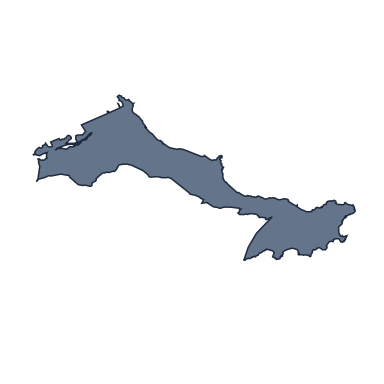 East Mahe, Anse Royale, Seychelles, rotated 297°
{"feature_id": "34574756B49819614716360", "entity_name": "East Mahe", "entity_type": "district", "adm_level": 2, "iso_a3": "SYC", "parent_name": "Seychelles", "parent_adm1": "Anse Royale", "projection": "natural_earth1", "projection_center": [55.513, -4.728], "detail": "fine", "context": "isolated", "style": "filled", "palette": "slate", "viewbox_px": 384, "rotation_deg": 297, "n_neighbors": 0, "source": "geoboundaries", "source_scale": "gbopen_adm2", "svg_char_len": 6015}
<svg xmlns="http://www.w3.org/2000/svg" viewBox="0 0 384 384"><g transform="rotate(297 192 192)"><path d="M153.1,34.2L154.5,34.9L154.3,36.6L155.3,39.9L158.5,42.0L161.5,45.0L159.7,44.9L158.7,46.0L157.3,46.2L156.3,47.5L155.4,46.6L153.7,45.9L152.6,45.0L152.7,44.3L152.0,43.6L151.8,42.5L152.2,40.9L151.4,39.8L150.2,41.3L148.7,41.8L145.8,44.7L134.1,48.7L130.5,48.7L133.7,49.4L137.8,54.0L141.1,56.7L141.9,57.7L142.1,59.0L142.9,60.0L148.3,66.9L150.9,75.0L149.7,76.3L146.9,87.3L148.3,92.0L149.6,93.5L150.9,99.1L152.7,99.9L153.9,99.1L155.1,99.1L157.8,101.0L159.0,101.3L160.0,100.6L161.4,100.9L168.4,103.7L169.5,105.8L171.1,107.2L171.6,109.1L174.8,112.4L175.0,113.5L176.9,114.3L182.9,114.6L185.7,118.3L187.6,122.1L187.7,123.6L188.4,125.0L188.8,138.5L187.5,144.4L186.1,147.0L186.5,148.5L190.1,154.4L190.9,158.1L192.8,162.2L194.2,164.0L194.6,167.2L190.1,189.2L189.2,191.3L190.5,196.2L190.9,200.2L190.3,203.0L190.5,205.8L186.4,205.8L189.3,209.9L188.5,217.8L189.7,221.4L190.2,224.5L193.1,227.4L195.8,232.8L199.1,241.8L198.5,242.1L199.0,243.4L197.2,242.7L195.2,243.1L194.2,242.4L193.5,244.4L195.3,248.3L197.2,250.5L197.2,251.8L198.5,252.8L200.0,255.3L200.4,257.2L201.0,258.0L201.3,260.5L200.6,261.7L200.9,262.2L199.7,263.5L200.5,264.3L202.5,269.3L201.1,269.8L201.0,270.4L201.7,271.5L206.4,274.8L184.7,268.2L168.4,267.2L155.0,269.1L155.1,270.1L157.5,271.1L159.3,274.1L160.1,274.4L161.2,275.5L161.6,275.3L162.6,276.8L163.2,276.9L163.1,278.1L164.5,278.3L165.7,279.6L167.5,279.6L170.0,281.6L171.9,282.4L173.0,283.7L173.6,283.5L174.5,284.6L175.0,284.5L176.2,290.7L175.3,292.7L170.8,293.3L171.0,296.1L170.6,296.2L170.3,298.0L170.9,298.1L171.3,299.3L172.6,300.6L173.3,300.3L174.4,300.7L174.6,300.2L175.3,300.8L175.8,300.4L176.0,301.7L177.0,301.2L178.5,301.3L179.4,300.1L181.6,301.1L184.7,303.7L187.2,306.6L187.9,308.3L188.4,312.2L186.9,314.2L186.4,314.1L186.0,315.2L184.8,314.7L184.4,315.3L186.0,318.4L186.4,320.3L187.1,320.8L187.8,322.5L188.4,324.4L188.4,325.2L188.0,325.6L188.1,326.7L189.0,327.0L190.6,326.2L191.8,326.7L193.3,326.5L193.6,326.1L195.7,326.3L196.2,328.0L198.2,329.0L198.5,328.8L200.3,330.9L199.8,334.6L201.2,337.2L203.1,337.6L204.5,337.2L204.9,336.2L207.1,336.3L210.0,336.9L211.7,339.0L211.8,340.2L213.4,340.1L213.6,339.6L214.5,340.1L215.7,341.5L216.9,343.8L216.8,344.6L215.0,347.3L215.6,348.7L216.5,349.7L217.7,350.2L218.2,350.1L218.1,349.6L219.5,350.3L219.9,349.6L221.4,350.1L222.0,349.6L222.4,349.8L222.3,349.3L223.1,349.5L221.0,347.5L220.8,347.1L221.4,345.8L220.3,345.4L220.2,344.7L221.6,342.2L222.8,341.1L227.4,338.5L231.5,340.1L233.4,339.8L233.4,339.1L234.0,338.7L235.4,339.4L237.1,339.1L237.8,340.0L238.5,339.7L238.7,340.0L239.1,339.5L239.8,340.8L240.6,339.8L241.3,341.1L243.8,342.7L243.8,343.2L244.5,343.4L246.1,345.2L248.9,346.1L249.6,345.6L249.5,346.0L250.8,344.5L250.6,344.2L251.3,344.2L252.4,343.2L252.3,342.3L253.5,341.8L253.3,340.8L252.7,340.5L251.6,336.2L252.2,333.3L251.6,333.0L250.4,333.2L249.5,332.7L248.5,331.0L248.2,329.5L247.1,328.1L247.2,324.9L248.2,325.1L249.1,324.2L249.2,322.4L247.8,321.6L247.4,319.9L246.5,319.6L246.3,318.3L244.8,316.8L243.0,316.7L242.2,317.2L240.4,315.2L238.2,314.9L237.8,314.1L237.2,314.7L236.6,313.7L235.7,313.4L235.4,311.0L234.6,310.8L234.5,309.7L231.7,309.2L231.2,308.4L231.2,307.7L230.4,307.2L228.9,307.6L226.5,303.2L226.0,297.2L226.4,293.3L226.9,291.6L227.5,292.0L228.1,291.7L226.8,290.7L227.3,282.5L227.5,282.0L227.8,282.2L228.5,281.7L228.9,280.4L227.6,276.6L226.6,276.0L224.6,273.1L224.0,269.6L224.4,269.2L223.7,267.0L222.3,265.0L222.2,263.9L219.4,261.3L218.8,259.9L218.9,256.7L218.4,253.5L218.7,253.2L217.8,252.1L216.1,251.5L216.0,249.6L214.9,247.7L215.2,246.8L214.3,244.5L214.3,243.4L213.6,243.5L212.5,241.2L212.1,239.4L212.7,233.5L211.9,232.6L215.1,220.7L216.2,218.3L215.8,218.1L216.3,216.4L217.5,214.5L219.4,212.6L222.4,211.2L222.7,210.4L224.6,208.6L225.1,208.9L225.5,208.4L225.9,208.9L226.1,208.5L227.1,208.2L227.7,209.0L228.4,208.9L228.4,207.9L229.3,206.0L230.1,206.0L229.9,205.7L230.2,205.2L231.4,204.5L232.0,203.4L233.1,203.7L233.7,201.9L234.5,202.1L235.2,201.7L236.1,203.0L236.5,202.4L236.9,202.8L237.6,202.5L237.8,201.9L237.0,201.5L237.1,200.6L236.1,199.8L235.2,200.1L234.0,199.1L231.8,199.3L230.3,196.5L229.3,195.9L229.2,192.8L230.2,186.5L229.4,186.7L227.9,184.4L225.9,164.2L225.1,163.4L225.3,162.5L224.2,160.1L223.7,160.0L223.2,159.1L221.5,152.7L221.4,150.5L222.3,143.9L221.8,144.4L221.7,143.9L223.1,143.2L222.9,141.7L223.2,140.7L223.6,140.7L222.9,139.5L222.8,137.3L225.7,130.2L226.2,126.3L228.0,122.0L228.5,122.3L229.4,120.8L227.5,120.5L229.5,120.6L231.3,116.6L232.1,115.9L232.4,116.1L233.2,114.9L233.1,114.5L235.2,109.9L234.9,109.3L235.7,106.9L235.6,104.9L236.7,102.3L239.1,100.9L242.6,100.4L243.4,99.3L244.4,99.7L243.8,98.7L244.5,97.2L244.8,94.5L245.4,94.3L245.7,93.5L244.4,92.4L244.0,91.3L244.2,89.9L245.0,88.7L244.6,86.3L245.5,85.4L245.0,84.5L245.3,83.4L244.0,82.4L243.1,82.7L242.8,82.4L241.7,84.9L240.3,85.4L240.8,86.5L240.4,88.9L237.6,91.6L234.4,89.7L237.1,86.5L237.1,86.0L234.1,89.5L225.2,82.4L225.9,80.8L225.3,79.9L223.8,81.3L201.6,63.0L197.7,69.7L193.2,68.5L190.5,63.8L189.3,63.0L186.4,64.4L185.4,65.7L184.7,67.7L183.9,67.8L184.0,66.7L182.3,65.5L179.4,60.2L177.9,58.2L177.3,58.5L177.4,57.7L178.1,57.4L180.1,58.5L181.9,58.6L184.7,60.2L185.8,59.6L186.6,57.7L186.3,56.1L185.0,55.3L183.3,55.4L182.4,54.5L181.1,54.1L180.3,52.4L178.3,51.1L179.3,49.3L172.4,43.4L169.6,46.8L168.4,46.3L167.3,44.1L167.2,42.9L169.5,38.5L168.5,40.2L165.4,37.8L164.6,38.5L163.2,38.1L162.3,37.2L162.4,35.6L160.0,34.4L157.1,33.8L155.7,34.1L155.1,34.8L153.3,33.7L153.1,34.2ZM167.1,51.1L169.3,51.8L171.3,53.3L177.2,58.9L179.8,62.7L181.4,66.7L182.5,67.8L187.5,69.8L191.2,72.5L197.8,74.5L199.2,75.6L199.1,76.0L198.2,75.9L197.8,76.5L198.2,75.4L197.5,74.9L196.7,75.7L193.8,74.2L190.9,74.1L187.4,70.4L186.0,70.7L182.7,69.6L182.3,68.4L181.5,68.1L181.5,67.7L180.6,66.7L180.2,67.0L179.4,66.3L179.5,65.6L178.9,66.0L177.7,64.5L177.2,62.8L175.6,61.9L175.1,62.1L173.9,60.8L173.0,60.7L171.8,55.7L171.1,55.3L170.3,53.2L167.1,51.1Z" fill="#64748b" stroke="#1e293b" stroke-width="1.5"/></g></svg>